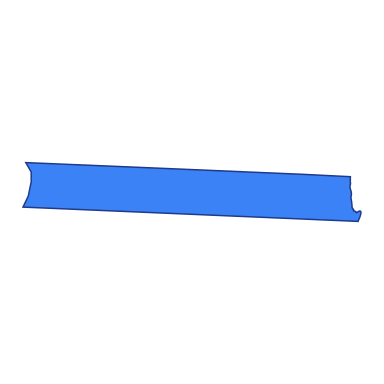 the district of Ngersngai, Ngiwal, Palau
{"feature_id": "81905179B24146808409811", "entity_name": "Ngersngai", "entity_type": "district", "adm_level": 2, "iso_a3": "PLW", "parent_name": "Palau", "parent_adm1": "Ngiwal", "projection": "mercator", "projection_center": [134.633, 7.553], "detail": "fine", "context": "isolated", "style": "filled", "palette": "blue", "viewbox_px": 384, "rotation_deg": 0, "n_neighbors": 0, "source": "geoboundaries", "source_scale": "gbopen_adm2", "svg_char_len": 762}
<svg xmlns="http://www.w3.org/2000/svg" viewBox="0 0 384 384"><path d="M23.0,207.1L358.1,221.4L358.4,220.5L358.7,219.6L359.1,218.9L359.6,217.8L360.2,216.0L360.6,214.7L361.0,212.7L360.7,211.4L360.5,211.2L360.0,211.0L359.5,211.0L358.8,211.3L358.0,211.8L356.8,212.6L356.6,212.1L355.8,212.2L355.4,211.5L354.8,211.1L353.8,211.0L353.7,210.0L353.3,209.8L353.3,209.2L352.7,208.9L352.6,208.2L352.1,207.8L352.0,205.5L351.8,203.6L351.6,201.7L351.3,199.8L351.0,198.4L351.0,196.8L351.2,195.7L351.4,194.7L351.4,193.1L351.1,191.4L350.6,189.8L350.1,188.0L349.9,187.0L350.2,185.2L350.5,184.0L350.5,182.8L350.2,181.1L350.4,180.1L350.3,178.2L350.4,176.7L302.4,174.3L25.8,162.6L31.2,172.0L31.2,181.8L28.3,196.0L23.0,207.1Z" fill="#3b82f6" stroke="#1e3a8a" stroke-width="1.5"/></svg>